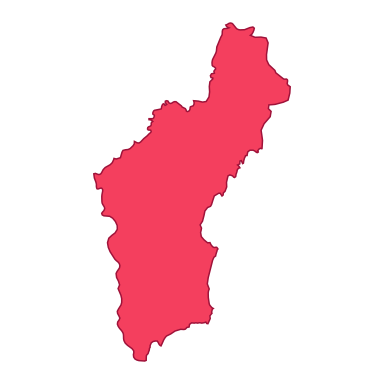 outline of Hamgyŏng-bukto
{"feature_id": "PRK-3307", "entity_name": "Hamgyŏng-bukto", "entity_type": "Province", "adm_level": 1, "iso_a3": "PRK", "parent_name": "North Korea", "parent_adm1": "", "projection": "robinson", "projection_center": [129.506, 41.787], "detail": "fine", "context": "isolated", "style": "filled", "palette": "rose", "viewbox_px": 384, "rotation_deg": 0, "n_neighbors": 0, "source": "natural_earth", "source_scale": "10m", "svg_char_len": 4834}
<svg xmlns="http://www.w3.org/2000/svg" viewBox="0 0 384 384"><path d="M230.4,23.0L231.9,23.3L232.8,24.0L236.1,28.1L237.2,29.1L238.8,29.7L240.2,29.9L244.6,29.7L249.9,27.6L252.9,27.0L254.3,28.2L253.9,30.1L253.0,32.3L251.8,34.3L250.4,35.3L255.0,37.3L261.0,37.1L266.1,38.0L268.1,42.9L266.5,54.6L266.6,59.9L268.8,64.7L274.9,70.4L275.8,72.8L283.5,78.9L284.7,79.2L285.7,79.1L286.6,79.1L287.4,79.8L287.6,80.9L287.2,83.6L287.8,85.0L290.2,86.7L289.8,93.1L288.1,100.1L283.3,102.2L275.0,104.4L268.9,104.9L268.4,108.7L271.1,111.4L270.2,116.7L264.1,123.7L261.1,130.2L262.3,138.7L262.5,140.6L262.0,148.6L261.4,148.7L260.4,148.3L259.1,149.0L257.6,150.9L258.0,151.1L258.3,152.0L257.5,152.6L256.5,152.4L254.6,150.9L253.1,150.2L250.0,150.2L247.8,151.8L247.2,154.4L247.1,155.5L245.5,155.7L245.2,156.8L244.6,157.7L243.7,161.0L243.4,163.2L242.6,163.6L241.3,160.6L239.9,161.1L239.8,163.9L237.6,165.0L238.4,165.6L239.0,166.4L239.9,167.8L238.8,168.2L238.0,168.8L236.8,170.7L237.2,170.4L236.9,171.8L236.4,173.4L236.1,174.0L235.7,176.6L234.5,177.5L233.6,177.1L232.6,175.9L229.9,174.9L228.0,175.9L227.3,178.8L226.5,182.3L226.7,186.9L225.0,191.4L223.4,192.8L223.1,195.1L222.0,196.0L220.1,193.2L218.6,193.3L214.3,195.9L213.0,199.8L211.5,204.6L210.5,206.3L207.6,207.5L204.9,211.0L204.0,215.4L202.5,221.2L200.1,224.9L201.5,228.1L201.1,230.4L200.6,232.5L201.3,236.6L203.8,239.6L206.1,241.6L207.6,242.8L210.0,242.6L210.9,244.6L212.5,246.6L213.7,247.4L214.5,247.5L216.2,247.2L216.8,247.4L217.9,248.8L217.8,249.3L217.2,249.9L216.8,251.7L216.6,252.1L215.7,255.2L215.7,255.9L213.9,257.3L212.6,260.3L208.2,277.7L207.3,283.9L209.2,289.0L208.5,290.9L208.2,293.0L208.3,297.5L209.2,303.7L209.7,305.1L211.7,307.5L213.3,308.5L212.3,309.2L211.6,312.3L212.0,313.2L209.9,315.8L210.2,318.6L208.8,321.8L207.9,323.7L206.7,323.5L205.8,322.1L204.2,322.7L201.8,323.1L199.6,322.7L197.6,323.1L195.8,322.8L194.4,323.1L191.5,322.9L189.5,324.4L189.1,327.0L187.0,327.4L185.4,329.1L184.0,329.5L180.7,329.3L175.1,331.0L170.8,333.9L166.5,336.0L165.2,337.5L163.8,339.7L161.9,344.0L161.0,345.9L160.2,345.5L159.2,344.5L158.2,342.5L157.3,341.1L155.4,341.0L153.1,341.5L151.3,342.8L150.7,344.2L150.1,345.6L150.1,346.4L150.1,347.3L149.5,348.3L149.4,349.1L149.1,350.8L148.6,351.6L148.3,353.0L147.9,353.8L147.0,354.7L146.4,355.6L146.3,357.0L146.2,360.4L144.9,360.8L144.8,361.0L138.9,360.6L136.8,360.0L135.0,359.0L133.7,357.1L133.4,354.7L133.8,352.7L133.7,350.8L132.0,348.6L127.5,345.3L125.3,343.2L124.0,340.7L123.6,338.9L123.5,335.4L123.3,333.7L122.6,332.2L121.7,330.8L119.6,328.4L118.2,326.3L117.4,324.1L117.7,322.0L119.1,320.0L119.9,318.1L118.9,315.9L117.6,313.5L117.3,311.3L118.5,309.0L121.0,305.0L121.7,302.4L121.7,298.7L120.9,295.2L118.1,288.6L119.6,284.9L118.5,281.2L116.6,277.5L116.1,273.5L117.0,271.6L119.5,267.9L119.9,265.7L119.3,263.6L118.0,262.0L116.4,260.7L114.9,259.2L110.1,251.7L108.3,247.4L107.5,242.7L108.8,238.2L111.8,235.4L115.1,232.9L117.3,229.3L117.2,225.5L115.4,221.5L112.7,218.2L109.7,216.3L103.8,215.8L102.2,214.9L101.7,213.3L102.6,212.0L103.9,210.6L104.7,208.7L104.4,207.1L102.8,204.5L102.1,203.0L101.9,201.1L101.8,196.4L102.0,194.5L102.7,190.9L102.6,189.4L101.7,188.2L100.7,188.1L98.0,189.0L97.0,188.8L96.6,187.8L96.4,186.6L96.4,184.2L96.1,182.9L95.8,181.8L94.4,178.1L94.2,176.8L93.8,173.8L95.4,173.4L98.3,174.5L99.9,174.4L101.0,173.6L101.8,172.3L103.2,169.6L105.2,167.5L110.2,164.7L112.3,162.6L113.7,159.6L114.0,158.4L116.2,159.0L120.4,157.7L122.0,152.2L123.0,150.4L125.4,149.8L128.1,149.5L130.1,148.6L133.1,145.7L134.3,143.8L134.4,141.4L137.1,142.8L139.0,143.0L140.6,142.0L143.8,138.6L147.1,135.9L149.2,133.7L150.1,133.0L150.9,132.2L151.2,131.4L150.7,130.2L148.2,130.0L147.5,129.0L147.8,127.5L148.8,126.7L150.0,126.3L150.9,125.7L151.3,124.5L151.2,123.4L151.5,122.4L152.8,121.5L152.0,120.7L151.0,120.1L150.1,119.8L149.0,119.7L149.0,118.7L152.6,118.7L153.7,117.9L154.4,115.8L154.2,115.1L153.5,114.7L152.9,114.2L152.8,113.0L153.2,111.8L153.7,110.9L154.5,110.3L160.5,109.1L161.3,108.8L161.7,106.3L162.6,104.3L163.9,103.7L165.1,105.4L166.7,104.5L165.8,103.3L165.2,102.1L165.4,101.1L166.8,100.7L168.0,101.1L169.0,102.9L170.6,103.5L171.6,103.2L172.8,102.4L174.2,101.7L176.0,101.7L181.4,105.9L182.1,107.0L185.3,108.6L186.0,109.7L186.4,111.1L187.3,111.6L188.4,111.3L189.4,110.6L190.0,109.2L190.1,107.8L190.4,106.8L193.2,105.8L194.0,104.3L194.1,102.4L193.6,100.7L198.3,101.1L202.6,102.1L206.2,101.5L209.0,96.9L209.6,91.9L209.3,86.5L209.9,81.8L212.8,78.9L212.8,78.0L211.0,77.6L210.4,75.7L211.5,73.8L214.4,73.2L213.9,71.2L214.7,70.0L215.6,69.1L215.5,68.0L214.1,66.8L213.0,66.3L212.2,65.4L212.0,62.8L212.2,61.1L212.6,59.5L214.0,56.7L215.8,53.1L216.4,51.2L216.8,47.0L220.8,37.2L221.6,35.8L222.2,34.4L222.3,31.2L222.7,29.7L224.0,28.7L227.4,28.4L228.9,27.8L227.9,27.4L227.0,26.8L226.3,26.0L225.8,25.0L227.1,24.5L229.1,23.3L230.4,23.0Z" fill="#f43f5e" stroke="#9f1239" stroke-width="1.5"/></svg>